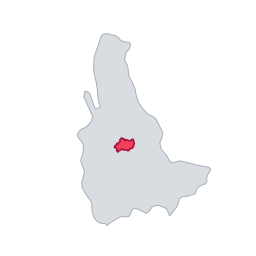 Bonao, Monseñor Nouel, Dominican Republic (highlighted), rotated 250°
{"feature_id": "3306468B55753848240652", "entity_name": "Bonao", "entity_type": "district", "adm_level": 2, "iso_a3": "DOM", "parent_name": "Dominican Republic", "parent_adm1": "Monseñor Nouel", "projection": "orthographic", "projection_center": [-70.443, 18.942], "detail": "fine", "context": "in_parent", "style": "filled", "palette": "rose", "viewbox_px": 256, "rotation_deg": 250, "n_neighbors": 0, "source": "geoboundaries", "source_scale": "gbopen_adm2", "svg_char_len": 4645}
<svg xmlns="http://www.w3.org/2000/svg" viewBox="0 0 256 256"><g transform="rotate(250 128 128)"><path d="M43.3,168.9L43.6,159.7L45.0,156.0L43.7,152.0L37.9,147.8L34.4,142.4L31.2,137.6L32.0,136.9L38.3,136.8L40.6,135.0L44.9,130.2L45.8,126.3L45.4,123.3L42.7,119.7L41.6,116.0L45.1,112.7L49.6,108.0L50.2,106.2L50.1,104.4L44.9,99.3L44.6,97.2L47.1,91.8L46.9,88.2L44.5,76.9L43.4,75.2L45.7,74.3L47.3,70.9L49.3,68.0L52.0,66.4L55.1,65.4L61.2,65.5L69.6,68.2L72.0,68.1L80.1,65.8L86.8,64.5L93.1,66.0L95.6,68.1L100.8,71.3L103.4,72.3L111.7,72.2L113.9,72.5L120.8,77.8L126.7,79.9L130.0,80.0L136.1,78.0L139.1,78.0L142.6,82.6L143.3,89.1L146.2,95.0L150.6,98.8L172.4,97.1L177.3,100.2L175.6,102.7L172.6,104.1L162.2,103.6L157.7,103.9L156.8,106.5L156.8,108.9L162.8,109.4L168.8,110.6L174.9,112.4L181.1,113.7L188.0,114.5L194.9,115.8L206.3,120.4L219.1,130.9L222.5,133.2L224.8,136.5L223.7,140.6L219.3,147.4L216.8,149.6L213.0,151.0L210.5,153.7L208.1,158.5L206.6,158.9L204.8,158.7L201.7,156.1L199.5,152.0L193.4,148.2L186.1,148.8L175.4,146.6L168.9,147.7L162.4,148.0L155.8,146.9L149.1,146.5L142.5,148.0L136.0,150.4L133.7,152.0L129.5,155.8L127.3,157.3L111.6,159.2L107.1,156.4L102.9,152.6L96.8,152.0L88.1,155.0L82.6,156.0L80.4,157.3L79.7,158.7L79.7,164.1L78.4,167.3L69.8,179.6L64.9,188.2L62.9,190.9L60.6,191.5L56.4,186.5L53.7,184.7L50.4,183.7L49.0,181.1L49.1,177.3L48.3,173.6L46.2,170.8L43.3,168.9Z" fill="#d9dde1" stroke="#a8b0b8" stroke-width="1"/><path d="M109.8,113.4L109.8,113.5L109.9,114.0L110.1,114.6L110.2,114.8L110.1,115.0L110.0,115.3L110.1,115.6L109.9,115.8L109.7,115.9L109.6,116.0L109.2,116.0L109.0,116.3L109.0,116.5L108.9,116.7L108.8,116.8L108.7,117.0L108.5,117.3L108.4,117.7L108.4,117.8L108.3,118.0L108.3,118.3L108.1,118.7L108.0,118.8L107.9,118.9L107.8,119.0L107.6,119.0L107.4,119.2L107.4,119.3L107.4,119.6L107.3,119.8L107.1,119.9L106.9,120.0L106.7,120.1L106.6,120.3L106.6,121.1L106.6,121.3L106.8,121.4L106.8,121.5L107.0,121.6L107.1,121.9L107.1,122.0L107.3,122.3L107.5,122.4L107.5,122.5L107.5,122.8L107.8,123.1L108.0,123.3L108.1,123.5L108.0,123.9L107.9,124.1L107.7,124.3L107.6,124.7L107.5,124.8L107.5,125.0L107.6,125.3L107.7,125.5L107.8,125.6L108.0,125.7L108.1,125.8L108.4,126.1L108.5,126.2L108.6,126.3L108.6,126.5L108.6,126.8L108.6,127.0L109.0,127.1L109.3,127.2L109.5,127.2L110.0,127.2L110.2,127.3L110.3,127.3L110.4,127.6L110.5,127.8L110.5,128.0L110.7,128.3L110.8,128.4L110.9,128.5L111.1,128.5L112.2,128.5L112.3,128.5L112.5,128.5L112.7,128.9L112.8,128.9L113.0,128.9L113.3,128.7L113.5,128.7L113.7,128.9L113.8,128.9L114.1,128.9L114.3,128.8L114.6,128.8L114.9,128.7L115.0,128.7L115.2,128.8L115.3,128.9L115.4,129.0L115.5,129.0L115.7,128.9L115.7,128.7L115.8,128.3L115.9,128.2L116.0,128.0L116.0,127.9L115.9,127.8L115.7,127.6L115.6,127.4L115.5,127.2L115.3,127.0L115.2,126.9L115.1,126.7L115.3,126.4L115.5,126.2L115.5,125.3L115.5,125.0L115.5,124.9L115.6,124.7L115.7,124.4L115.8,124.3L116.0,124.2L116.3,124.0L116.5,123.9L116.7,123.7L116.8,123.5L116.9,123.3L117.0,123.2L117.1,122.8L117.2,122.7L117.3,122.6L117.5,122.5L117.6,122.4L117.7,122.2L117.6,121.9L117.4,121.6L117.4,121.4L117.2,121.3L117.1,121.2L117.0,120.9L117.4,120.8L117.6,120.7L117.8,120.6L118.0,120.8L118.3,121.0L118.6,120.9L118.4,120.6L118.3,120.4L118.4,120.2L118.5,120.2L118.8,120.1L119.1,119.9L119.5,119.9L120.0,119.5L120.1,119.4L120.1,119.2L120.3,118.8L120.3,118.7L120.5,118.5L120.8,118.6L121.0,118.5L120.9,118.3L120.8,118.2L120.7,118.2L120.4,118.1L120.2,118.0L120.2,117.8L120.1,117.7L119.8,117.3L119.8,117.2L119.9,116.9L119.9,116.7L119.8,116.4L119.7,116.4L119.5,116.2L119.3,116.2L118.9,116.2L118.7,116.2L118.3,116.1L118.2,116.0L118.0,115.9L117.9,115.8L117.8,115.7L117.7,115.6L117.8,115.3L117.6,114.9L117.7,114.6L117.7,114.2L117.4,113.9L117.2,113.8L116.8,113.5L116.8,113.4L116.6,113.4L116.4,113.2L116.4,112.9L116.6,112.9L116.8,112.8L117.0,112.8L117.1,112.7L117.3,112.5L117.2,112.3L117.2,112.2L116.9,112.0L116.8,111.8L116.7,111.7L116.4,111.3L115.9,110.8L115.8,110.7L115.7,110.6L115.7,110.4L115.7,110.2L115.8,110.0L115.8,109.9L115.8,109.7L115.7,109.7L115.4,109.4L115.2,109.2L114.9,108.9L114.6,108.6L114.4,108.6L114.1,108.7L114.0,108.8L114.0,109.0L113.9,109.2L113.7,109.3L113.6,109.6L113.2,109.9L112.8,110.0L112.7,110.1L112.5,110.3L112.4,110.3L112.2,110.2L112.0,110.4L112.0,110.5L111.9,110.6L111.7,110.7L111.3,110.4L111.2,110.3L111.2,110.2L111.0,109.9L110.9,109.7L110.7,109.6L110.4,109.6L110.2,109.8L109.7,109.9L109.5,110.0L109.4,110.0L109.2,110.2L108.9,110.2L108.9,110.3L108.9,110.5L109.2,110.8L109.3,110.9L109.4,111.0L109.4,111.3L109.5,111.6L109.6,111.8L109.7,112.0L109.8,112.4L109.8,112.5L109.7,112.6L109.7,112.8L109.7,113.0L109.8,113.2L109.8,113.4Z" fill="#f43f5e" stroke="#9f1239" stroke-width="1.5"/></g></svg>